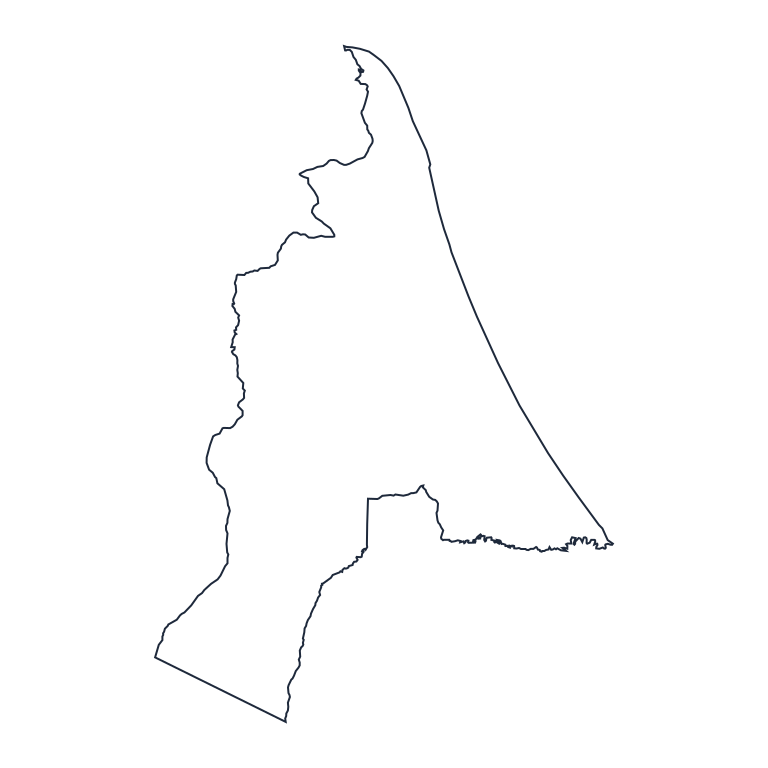 Pococi, Limón, Costa Rica (Albers equal-area conic projection)
{"feature_id": "36466004B96368575688704", "entity_name": "Pococi", "entity_type": "district", "adm_level": 2, "iso_a3": "CRI", "parent_name": "Costa Rica", "parent_adm1": "Limón", "projection": "albers", "projection_center": [-83.671, 10.502], "detail": "fine", "context": "isolated", "style": "outline", "palette": "slate", "viewbox_px": 768, "rotation_deg": 0, "n_neighbors": 0, "source": "geoboundaries", "source_scale": "gbopen_adm2", "svg_char_len": 6088}
<svg xmlns="http://www.w3.org/2000/svg" viewBox="0 0 768 768"><path d="M602.4,528.4L598.9,524.9L578.6,497.3L563.2,475.7L548.1,453.2L519.5,405.5L498.0,363.0L476.9,316.6L468.5,296.4L451.5,252.3L449.4,244.5L444.0,229.0L438.7,210.6L429.2,167.7L430.3,164.4L426.4,150.4L412.8,121.1L408.4,107.9L399.2,86.0L393.5,76.2L387.9,68.1L381.5,60.9L374.2,55.3L369.0,51.6L359.9,48.8L352.5,47.4L346.4,46.9L344.1,46.1L345.1,50.4L346.0,50.5L347.4,49.8L349.8,49.9L351.8,51.9L353.5,57.0L355.8,59.8L357.4,64.3L359.5,66.0L361.1,68.9L363.4,70.4L363.1,71.8L361.5,72.1L359.9,69.8L358.8,69.5L358.8,70.6L360.5,73.0L360.4,75.6L358.4,77.6L356.6,78.6L355.8,79.9L358.7,80.7L360.7,83.9L365.4,84.1L367.1,85.3L367.7,86.4L366.6,89.4L368.0,91.7L367.2,95.7L365.0,103.6L363.0,109.6L361.8,111.0L361.4,113.2L364.9,122.8L367.2,125.6L367.3,129.5L368.2,130.6L368.9,132.8L371.0,134.7L372.5,138.8L372.7,141.0L372.3,142.9L368.9,148.2L367.9,151.1L364.6,156.9L362.6,158.0L357.5,159.4L349.8,163.6L346.0,164.9L344.1,164.9L339.8,163.0L336.6,160.6L333.9,160.0L330.5,160.1L328.9,160.9L326.6,163.6L323.2,166.0L317.4,166.9L313.0,169.0L306.7,170.2L299.8,173.7L299.7,174.5L301.1,175.6L303.9,177.0L308.1,178.3L308.3,183.5L314.3,191.4L317.6,197.3L318.2,203.2L313.9,206.2L312.2,210.0L312.0,212.4L315.9,217.8L321.8,221.5L323.8,223.6L330.4,228.3L334.3,234.8L334.3,236.4L332.8,236.8L325.1,236.8L321.2,235.8L313.9,237.8L308.7,237.5L305.2,234.5L303.0,234.3L300.8,234.8L297.1,232.6L293.4,232.6L289.3,235.6L286.1,239.6L285.0,242.3L282.0,244.8L281.2,246.4L280.9,248.6L277.9,252.7L277.5,254.8L277.8,260.4L275.0,264.9L270.7,266.3L269.3,267.8L260.7,268.3L259.6,268.9L257.6,270.9L254.3,270.5L252.7,271.5L250.4,271.7L248.1,272.8L246.2,272.9L244.4,275.0L237.6,274.7L236.8,275.5L236.2,279.2L234.9,282.6L234.9,283.9L235.7,285.4L236.2,291.9L233.2,299.3L233.2,301.1L234.2,303.6L233.7,304.2L232.6,304.0L232.4,306.0L234.7,308.9L235.4,311.8L239.1,315.4L238.2,317.6L239.1,320.7L238.1,325.1L236.0,327.4L236.2,329.8L234.4,330.5L234.7,332.5L236.3,334.0L235.1,334.6L232.6,339.5L232.7,342.3L231.2,347.1L234.7,347.2L234.4,349.5L232.1,351.2L231.9,351.9L233.3,354.2L235.4,355.4L236.8,357.2L237.4,360.1L237.3,363.5L238.0,365.9L237.3,369.9L237.8,373.2L237.5,376.6L243.3,383.0L242.8,388.5L244.8,390.6L243.9,393.4L244.1,397.9L242.9,399.4L239.1,402.3L237.9,405.3L238.4,406.6L242.6,410.9L242.6,415.2L241.9,416.3L237.4,419.7L234.8,424.3L232.6,426.7L230.1,428.1L223.8,427.9L222.5,428.3L219.6,433.6L215.3,435.0L213.1,436.4L210.1,444.8L206.7,457.4L206.6,462.9L209.1,469.7L212.8,472.8L215.0,477.0L216.3,478.1L217.4,483.3L224.2,489.2L227.4,500.4L228.0,505.4L228.9,507.2L229.8,510.9L227.5,519.1L227.4,522.9L226.0,525.9L226.1,530.0L227.5,533.4L226.5,543.8L227.2,552.4L228.3,554.5L227.5,557.9L227.5,563.3L225.1,566.2L220.5,575.6L217.6,579.4L211.1,583.8L204.4,589.9L202.0,593.1L198.0,595.9L191.3,605.3L184.4,612.5L181.7,613.9L180.0,615.4L176.8,619.7L168.3,624.5L167.8,625.8L164.9,628.7L164.1,631.7L163.1,633.3L163.2,634.9L162.4,636.5L162.4,640.1L158.8,644.8L155.1,657.4L285.7,721.9L285.2,718.5L286.2,716.0L286.3,713.5L287.9,710.5L288.3,706.8L287.9,702.7L289.9,697.0L289.5,695.0L288.5,693.1L288.0,687.4L288.6,685.2L291.3,679.6L292.5,678.6L294.0,675.7L295.8,671.0L298.5,667.6L299.7,665.4L299.7,662.5L298.8,659.6L300.2,656.6L299.8,650.5L301.2,647.3L302.5,646.2L303.3,644.6L302.9,642.9L303.7,639.8L302.9,638.6L304.3,632.3L304.6,628.4L306.1,625.9L306.6,623.3L307.9,620.0L310.5,616.2L311.0,613.6L313.1,608.9L315.3,605.2L315.5,603.1L317.0,600.7L318.1,597.5L320.1,595.0L319.3,592.0L321.2,587.3L321.2,585.6L322.3,584.9L322.0,583.7L323.2,583.4L330.9,577.8L332.7,575.0L339.5,572.4L340.4,571.3L342.2,571.9L342.5,569.9L344.4,568.2L345.7,568.6L346.8,568.4L348.3,567.6L348.8,566.1L352.6,565.0L352.9,563.5L354.1,561.8L356.4,561.5L357.6,559.9L356.4,557.6L356.7,556.9L360.7,557.2L361.7,556.7L362.1,553.8L363.4,552.1L362.0,551.5L362.5,550.2L363.0,549.8L363.6,550.4L363.8,549.2L364.3,548.9L365.3,548.8L365.7,549.6L367.2,547.1L366.9,544.8L367.2,523.8L368.0,498.7L377.4,499.0L378.9,498.4L382.3,495.8L390.5,495.0L393.6,495.6L395.4,494.5L403.3,495.7L408.2,494.6L411.2,493.1L413.4,493.1L416.4,492.4L420.1,486.9L421.2,486.0L423.3,485.5L422.8,487.3L425.8,490.2L426.2,491.9L429.2,496.8L432.9,499.5L435.2,499.9L436.8,501.4L438.0,503.5L437.5,510.6L436.5,512.9L437.5,520.3L438.3,522.7L439.8,524.3L441.2,527.4L443.2,530.4L441.0,537.3L441.3,538.8L443.0,540.2L443.8,539.8L449.3,539.8L449.6,540.9L450.6,541.0L451.4,541.8L455.1,541.2L457.8,540.3L460.6,541.0L460.2,542.3L463.4,541.4L464.2,543.2L465.3,542.4L465.6,541.0L467.3,540.4L468.4,540.7L468.1,542.4L468.6,542.8L475.1,542.6L475.4,541.6L473.1,541.4L473.4,540.1L475.6,539.6L477.0,537.6L478.1,538.7L480.2,538.5L480.2,538.0L477.9,536.5L480.5,534.4L481.0,534.9L481.1,536.6L483.1,535.8L484.6,536.2L484.2,539.9L485.1,541.4L486.0,540.7L486.3,538.8L486.9,537.7L491.2,537.3L491.6,538.0L491.4,539.9L494.4,540.6L494.2,541.9L494.7,542.5L496.1,542.2L496.4,540.5L497.3,540.5L497.8,540.8L497.7,542.8L499.2,543.7L499.8,542.9L499.7,541.9L498.0,540.1L499.7,540.4L500.6,541.1L501.6,544.0L502.7,543.8L505.4,544.7L505.4,546.0L505.8,546.1L507.9,545.8L508.1,547.0L509.9,547.6L509.9,545.8L511.9,546.5L512.1,545.7L513.2,545.7L514.1,546.0L514.2,548.3L516.5,548.5L519.0,548.0L521.0,549.0L525.6,549.0L526.4,549.8L528.3,550.1L530.6,548.9L533.4,548.9L536.1,547.0L536.9,547.5L537.9,549.6L539.7,549.9L540.1,551.2L541.7,551.7L542.2,551.0L544.3,551.0L546.2,549.9L548.5,549.5L549.5,547.1L551.2,549.8L552.8,549.5L554.5,548.4L556.0,549.3L557.3,548.3L560.9,550.3L566.1,550.9L562.4,547.9L564.1,547.7L567.3,548.7L567.4,545.9L566.1,544.2L567.5,543.5L571.4,543.5L570.7,540.1L572.1,537.3L575.6,538.1L573.9,542.7L573.9,544.2L574.4,544.7L575.1,543.9L575.2,541.7L578.7,538.0L580.4,538.6L582.3,542.1L583.8,537.6L585.2,537.3L586.3,538.0L586.7,539.6L586.6,543.0L587.2,543.7L589.7,542.7L591.2,539.9L594.5,539.9L595.1,540.2L595.2,541.5L594.2,544.6L596.2,543.7L597.2,543.7L597.4,544.1L597.4,545.2L596.3,546.9L596.2,548.4L599.3,548.8L602.8,547.5L604.2,548.6L605.2,548.6L605.8,547.8L605.2,545.0L605.6,544.4L607.9,543.8L610.4,544.7L612.1,544.8L612.9,543.7L607.7,540.1L602.4,528.4Z" fill="none" stroke="#1e293b" stroke-width="2"/></svg>